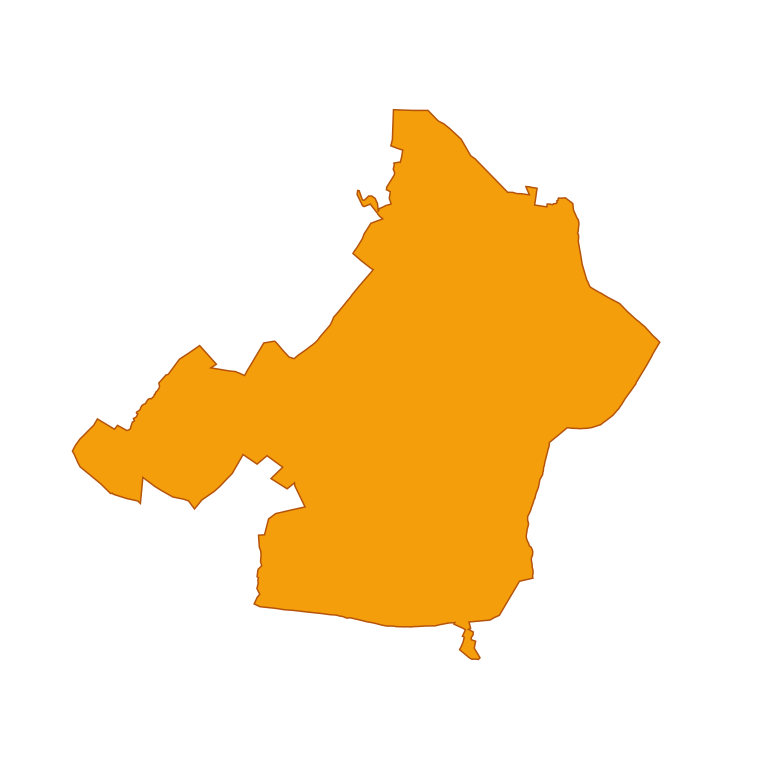 outline of Chapultenango, Chiapas, Mexico, rotated 302°
{"feature_id": "50627088B46214146316575", "entity_name": "Chapultenango", "entity_type": "district", "adm_level": 2, "iso_a3": "MEX", "parent_name": "Mexico", "parent_adm1": "Chiapas", "projection": "albers", "projection_center": [-93.139, 17.336], "detail": "fine", "context": "isolated", "style": "filled", "palette": "amber", "viewbox_px": 768, "rotation_deg": 302, "n_neighbors": 0, "source": "geoboundaries", "source_scale": "gbopen_adm2", "svg_char_len": 6171}
<svg xmlns="http://www.w3.org/2000/svg" viewBox="0 0 768 768"><g transform="rotate(302 384 384)"><path d="M432.9,558.9L443.3,562.3L444.3,562.9L445.9,566.6L446.9,568.3L449.3,572.5L449.7,573.5L452.5,577.4L453.9,579.5L457.2,583.3L464.4,589.4L467.2,590.3L471.1,591.9L478.7,594.7L485.7,595.8L487.2,596.2L491.2,596.2L492.3,596.4L499.4,596.3L506.3,596.7L507.3,596.9L515.2,597.3L517.0,597.5L519.4,597.1L539.4,596.8L550.2,596.3L551.8,596.0L565.6,595.7L565.8,594.3L566.6,591.4L567.6,586.1L570.8,574.9L571.4,570.3L572.0,567.0L572.2,564.1L574.4,552.0L577.1,541.2L576.1,527.6L576.0,519.6L575.7,517.6L575.5,510.1L575.6,507.1L579.3,501.7L579.9,500.6L589.4,489.9L590.7,488.5L597.2,482.8L608.0,473.1L611.5,471.4L613.9,469.6L614.3,468.3L616.8,467.6L619.6,466.1L623.1,464.5L625.8,462.2L626.4,461.4L627.2,459.5L632.1,452.3L637.1,448.5L638.0,439.2L634.5,434.4L634.4,433.6L633.6,433.4L632.0,434.2L630.8,433.5L630.1,434.4L629.0,434.6L628.6,434.6L628.5,434.1L627.6,433.6L626.7,432.2L625.6,432.1L625.4,431.9L624.8,430.5L624.7,429.7L623.1,427.0L620.5,428.2L615.6,416.9L620.0,415.0L631.1,410.1L629.7,406.6L629.0,405.2L628.3,402.8L626.6,399.7L621.5,407.0L620.6,405.2L618.1,399.5L615.8,395.6L614.7,391.5L612.1,387.3L623.2,342.0L623.5,336.6L632.5,319.7L635.5,304.0L636.3,296.8L635.8,290.6L639.3,276.3L631.9,264.5L621.6,246.7L595.7,261.6L589.6,263.6L590.8,269.9L592.0,274.8L592.4,275.9L585.2,278.9L580.5,280.3L580.2,279.3L578.8,277.8L576.7,275.4L576.4,275.3L575.3,276.6L571.1,278.0L568.9,281.0L566.9,281.9L552.6,282.0L550.0,283.1L550.2,284.4L550.4,287.4L548.7,288.2L544.2,290.1L541.6,293.4L540.4,294.6L537.0,291.7L536.7,291.2L536.1,290.8L535.7,290.6L532.6,288.8L530.4,287.1L530.1,287.0L527.1,287.9L533.6,282.8L536.7,278.1L536.9,273.9L535.3,271.4L533.4,270.9L532.5,270.8L529.3,269.8L528.7,268.1L534.8,260.4L534.2,259.1L530.5,260.7L523.8,271.3L523.9,273.1L528.1,276.2L529.3,276.9L525.6,287.1L525.3,288.1L524.8,288.8L523.7,292.1L523.6,295.5L523.9,295.9L518.7,291.8L513.3,287.7L507.1,287.7L500.7,287.6L495.4,288.7L491.3,288.7L485.8,288.8L480.8,288.4L478.2,288.5L476.5,299.2L475.1,312.5L475.3,314.2L470.6,313.7L469.0,313.4L454.1,311.1L442.5,309.6L439.5,309.5L434.5,308.7L432.9,308.6L419.7,306.9L414.0,305.9L409.9,306.7L405.3,307.1L390.4,304.8L386.1,304.5L382.9,303.8L378.5,302.3L377.2,301.7L372.3,299.9L370.8,299.3L363.1,296.0L358.2,294.5L357.6,293.8L357.3,292.0L356.5,289.3L358.9,280.5L361.7,271.8L362.4,268.8L362.0,268.1L355.1,260.3L327.3,260.9L323.2,260.9L317.3,261.3L316.8,257.5L316.5,255.2L316.0,253.1L316.0,251.8L313.1,245.9L309.5,237.2L305.9,228.6L311.9,231.4L318.9,207.3L308.2,202.7L296.7,197.4L277.8,195.9L276.0,194.3L265.5,192.5L263.2,194.8L262.4,195.2L261.4,195.4L259.4,195.4L258.8,195.3L258.3,195.3L257.9,195.4L256.5,194.9L255.9,194.8L255.5,194.8L255.0,195.1L254.6,195.3L254.2,195.3L253.9,195.3L253.5,194.8L253.2,194.8L252.2,195.3L251.5,195.3L250.2,195.0L249.6,194.8L248.2,194.5L248.0,194.3L247.8,193.6L247.6,193.2L246.9,192.6L245.5,192.0L243.3,192.0L242.7,192.0L242.1,191.9L241.7,192.0L241.1,192.1L240.5,191.8L239.9,191.4L239.1,190.7L238.3,190.5L237.3,190.1L236.4,190.1L234.8,190.3L233.6,190.6L232.6,190.6L231.5,190.3L230.0,189.5L229.7,189.3L228.9,189.2L228.3,189.3L228.1,189.7L228.1,190.2L228.2,190.5L228.2,190.9L228.0,191.0L226.4,191.3L225.8,191.3L224.3,191.2L223.6,190.8L222.8,190.2L221.9,189.9L221.7,189.9L221.6,190.1L221.3,190.9L220.8,191.7L220.5,191.8L219.3,191.5L218.7,191.1L218.5,190.8L216.7,191.2L215.1,191.6L213.8,191.8L213.0,192.1L212.6,192.5L211.6,192.6L211.0,192.4L209.1,191.4L208.3,190.5L207.7,179.9L202.8,179.4L202.5,159.5L195.2,159.7L187.9,158.0L181.0,156.5L176.2,155.3L168.4,154.8L162.0,155.3L159.8,159.2L155.2,165.9L152.7,170.3L150.4,188.1L149.2,196.9L146.2,210.2L147.5,211.5L147.0,212.7L150.6,226.7L154.3,237.1L153.6,240.7L177.0,229.0L175.7,243.9L175.7,251.4L176.3,264.9L180.1,275.0L181.3,280.2L177.6,289.5L189.2,291.0L202.9,296.9L210.4,299.1L221.4,301.3L227.7,302.7L249.5,301.9L248.8,318.8L261.2,322.8L259.8,342.2L243.9,338.3L243.8,357.4L252.7,360.5L250.4,362.3L237.9,382.2L228.1,372.2L216.7,360.8L208.4,357.6L192.8,362.6L189.3,357.7L179.6,364.7L177.0,368.0L173.9,370.3L168.2,373.3L165.0,376.6L160.3,375.5L158.8,375.9L153.3,378.5L153.1,380.3L151.0,380.8L148.3,382.9L143.2,384.6L139.8,390.1L136.2,389.5L128.7,390.4L129.4,396.8L135.6,409.5L138.4,415.8L139.6,418.8L144.2,427.5L148.0,435.6L152.6,445.2L156.0,452.1L159.6,460.1L162.8,466.1L163.6,469.1L164.8,471.8L164.9,472.3L165.3,474.0L165.7,476.4L167.8,479.1L168.9,482.3L169.7,484.7L170.4,486.6L170.9,488.3L171.4,489.6L173.4,495.8L174.5,498.4L175.8,501.8L176.8,504.8L178.3,509.7L180.1,514.4L182.6,518.4L183.0,519.3L183.4,519.8L183.7,520.2L184.7,522.9L185.6,524.4L189.4,530.9L189.6,531.0L191.1,533.5L192.3,535.7L193.7,537.4L195.1,539.4L195.4,539.9L197.3,542.6L200.6,547.2L206.1,555.7L209.4,558.8L213.8,563.6L215.9,565.9L218.3,569.4L219.0,570.4L219.1,570.5L217.4,570.6L218.7,580.5L218.7,583.3L211.6,584.2L211.9,585.2L211.7,586.3L206.8,587.9L202.5,588.6L199.1,588.8L198.7,589.0L197.0,601.3L197.1,604.2L199.4,607.7L200.4,610.0L202.7,610.5L207.8,600.5L214.4,598.0L213.4,593.5L215.0,592.4L218.4,592.5L221.0,591.1L220.7,585.7L222.4,586.9L222.6,587.0L227.2,582.2L240.0,599.0L244.2,601.2L248.9,604.4L288.5,603.4L298.3,613.2L299.2,612.2L300.8,611.3L302.1,610.9L304.3,609.6L305.4,608.6L307.1,606.8L307.9,606.2L309.0,605.6L309.7,604.9L311.2,603.7L312.5,602.4L314.3,601.3L316.0,600.9L317.1,600.8L318.3,600.3L319.0,599.9L320.8,598.9L322.0,597.6L323.6,595.1L323.7,593.2L325.5,591.1L326.7,589.0L327.9,587.4L329.9,585.5L333.1,583.9L334.0,583.7L334.7,583.4L335.8,582.6L336.2,582.6L336.9,582.3L337.5,582.2L339.8,581.5L341.8,580.8L343.7,579.1L344.1,578.6L344.3,578.1L344.8,577.8L346.4,576.9L347.6,576.1L352.4,575.6L355.1,575.2L357.2,574.5L359.1,574.2L359.8,574.0L361.0,573.8L362.1,573.5L365.3,572.6L367.2,572.5L368.3,572.0L369.3,571.8L370.1,571.4L372.9,570.7L376.4,570.1L377.6,569.8L379.4,569.3L385.3,566.9L391.4,566.5L393.0,565.6L394.5,565.3L395.8,564.6L398.0,563.5L399.6,563.2L400.6,562.9L401.4,562.4L401.9,562.3L402.8,561.9L403.7,561.5L404.4,561.4L406.9,560.6L410.4,559.5L411.7,559.0L413.2,558.6L415.6,557.7L416.6,557.6L418.3,557.1L419.6,556.5L421.0,555.9L422.0,555.2L432.9,558.9Z" fill="#f59e0b" stroke="#b45309" stroke-width="1.5"/></g></svg>